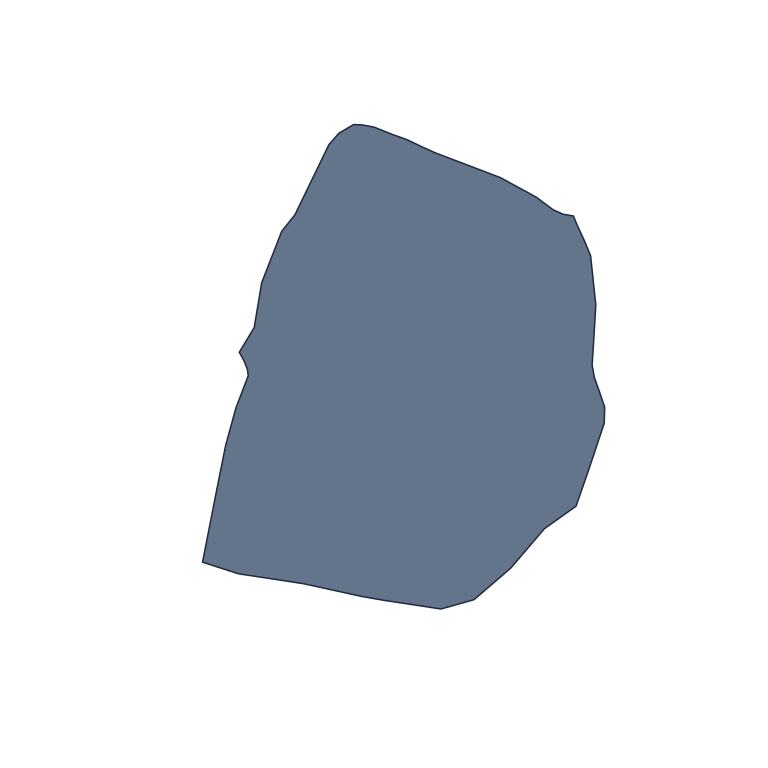 the district of La Esperanza, Quezaltenango, Guatemala, rotated 52°
{"feature_id": "79465075B77884380500547", "entity_name": "La Esperanza", "entity_type": "district", "adm_level": 2, "iso_a3": "GTM", "parent_name": "Guatemala", "parent_adm1": "Quezaltenango", "projection": "orthographic", "projection_center": [-91.579, 14.877], "detail": "fine", "context": "isolated", "style": "filled", "palette": "slate", "viewbox_px": 768, "rotation_deg": 52, "n_neighbors": 0, "source": "geoboundaries", "source_scale": "gbopen_adm2", "svg_char_len": 734}
<svg xmlns="http://www.w3.org/2000/svg" viewBox="0 0 768 768"><g transform="rotate(52 384 384)"><path d="M598.5,307.9L577.8,275.7L550.5,234.6L538.2,224.4L521.9,218.7L508.6,214.3L497.3,208.4L479.0,192.1L452.2,168.5L410.1,142.2L395.0,138.0L378.2,134.1L368.2,131.3L360.3,138.5L350.7,143.5L330.5,149.0L293.1,165.2L233.0,201.5L219.8,208.4L205.7,215.4L191.8,224.2L175.4,233.7L166.0,242.0L160.8,248.3L158.6,265.0L161.4,279.9L195.8,350.0L200.7,370.6L229.0,418.2L259.6,451.5L269.9,478.5L279.3,480.0L288.3,482.6L293.9,485.9L311.8,515.6L334.9,546.6L367.8,584.9L412.7,636.7L443.9,615.6L491.7,570.5L537.9,532.2L555.8,516.0L596.4,477.6L609.4,445.8L607.1,397.4L596.8,346.7L598.5,307.9Z" fill="#64748b" stroke="#1e293b" stroke-width="1.5"/></g></svg>